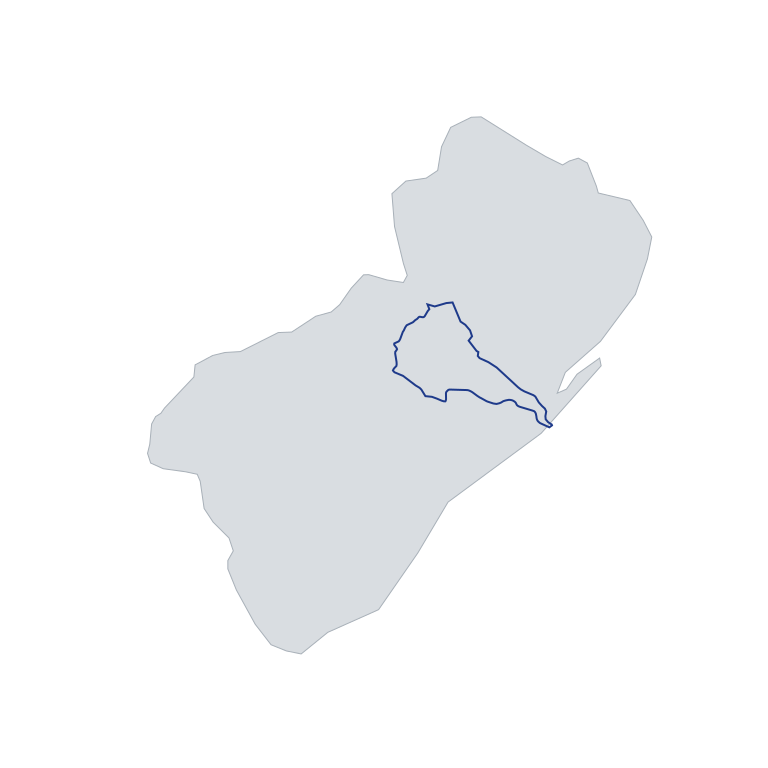 location of San Vicente within El Salvador, rotated 291°
{"feature_id": "SLV-1353", "entity_name": "San Vicente", "entity_type": "Department", "adm_level": 1, "iso_a3": "SLV", "parent_name": "El Salvador", "parent_adm1": "", "projection": "equal_earth", "projection_center": [-88.756, 13.536], "detail": "fine", "context": "in_parent", "style": "outline", "palette": "blue", "viewbox_px": 768, "rotation_deg": 291, "n_neighbors": 0, "source": "natural_earth", "source_scale": "10m", "svg_char_len": 2783}
<svg xmlns="http://www.w3.org/2000/svg" viewBox="0 0 768 768"><g transform="rotate(291 384 384)"><path d="M276.7,186.2L282.8,187.7L322.4,204.0L334.2,200.8L349.3,213.9L356.4,224.2L362.8,238.3L394.1,266.8L399.4,279.2L422.8,296.0L432.3,308.9L442.2,314.2L461.8,319.1L478.6,325.8L480.6,330.6L482.2,349.6L485.7,365.7L493.7,366.8L503.4,359.0L534.8,337.4L564.5,323.2L581.3,331.7L591.3,349.6L602.6,357.6L626.1,352.7L647.5,354.3L664.3,369.9L668.2,379.0L658.0,431.1L654.3,453.4L652.5,472.2L658.6,477.1L664.5,484.5L663.2,494.6L644.9,511.3L639.1,515.6L643.4,547.8L629.7,567.3L617.2,581.3L595.2,585.1L557.7,586.6L501.4,570.8L459.9,549.1L437.5,549.0L444.6,556.2L462.3,560.7L485.5,576.0L478.8,580.2L394.3,548.4L296.7,486.1L238.3,476.1L171.4,459.8L132.0,420.5L102.3,403.4L99.8,388.5L100.1,372.0L113.6,349.8L138.8,320.0L155.4,304.5L163.2,301.5L174.2,303.1L184.7,294.5L193.8,274.0L203.3,260.7L227.3,247.3L232.8,242.0L231.0,230.5L225.8,208.2L226.6,194.5L234.5,188.1L243.9,186.9L263.4,181.4L271.8,182.5L276.7,186.2Z" fill="#d9dde1" stroke="#a8b0b8" stroke-width="1"/><path d="M406.3,556.1L402.8,553.9L403.4,544.3L403.5,543.4L403.8,542.6L404.1,541.8L404.4,541.1L404.8,540.5L405.7,539.5L406.8,538.7L408.5,537.8L410.7,536.4L411.2,535.9L411.7,535.3L412.1,534.7L412.4,534.0L412.4,532.2L411.4,519.1L411.4,518.1L411.5,517.1L411.7,516.3L412.0,515.6L412.4,515.1L413.8,513.6L414.1,512.9L414.4,512.1L414.7,510.3L414.7,509.3L414.5,508.0L414.0,506.3L412.4,503.7L410.8,501.6L408.7,500.0L407.3,498.5L405.7,496.2L405.4,494.9L405.0,493.1L404.7,487.5L404.7,486.0L405.7,479.0L405.7,478.9L405.7,478.4L405.9,477.4L406.1,476.7L406.2,475.9L408.0,469.4L408.3,467.5L408.4,465.5L408.3,464.6L408.1,463.7L402.3,447.2L401.6,446.2L399.7,445.3L398.7,445.0L397.7,445.1L392.0,447.4L391.3,447.5L390.5,447.6L389.8,447.5L389.3,446.2L389.1,444.0L389.3,438.6L389.2,433.3L387.5,427.0L392.1,421.0L392.6,420.0L393.2,418.5L394.0,414.0L398.4,398.9L398.7,389.7L399.1,388.7L399.8,387.5L401.3,387.6L402.7,388.0L405.2,389.1L406.8,388.8L409.1,387.8L416.5,383.5L418.1,383.0L419.8,383.5L421.2,383.7L422.0,383.0L422.8,381.9L424.0,379.8L424.8,379.2L425.6,379.1L429.0,382.4L430.2,382.8L431.9,383.0L439.5,382.9L441.0,383.3L444.3,383.5L446.9,384.1L447.4,384.5L451.8,388.7L452.4,389.1L454.9,390.3L456.5,391.5L457.1,391.8L458.7,392.4L459.4,392.9L459.7,393.6L460.0,395.3L460.2,396.1L460.5,396.8L461.0,397.3L461.8,397.7L467.8,398.7L470.1,399.5L473.9,396.1L474.6,403.6L481.9,413.2L484.7,418.8L469.7,433.1L468.4,438.7L464.9,445.1L460.1,449.1L454.8,447.5L448.0,458.6L447.7,460.6L443.8,461.5L442.4,464.0L441.8,473.7L439.8,483.2L429.0,510.3L428.0,513.6L427.4,517.7L427.1,527.6L426.5,529.8L422.3,535.1L420.1,539.4L418.7,543.0L416.5,545.3L411.8,546.2L409.0,547.6L407.2,550.9L406.2,555.4L406.2,556.0L406.3,556.1Z" fill="none" stroke="#1e3a8a" stroke-width="2"/></g></svg>